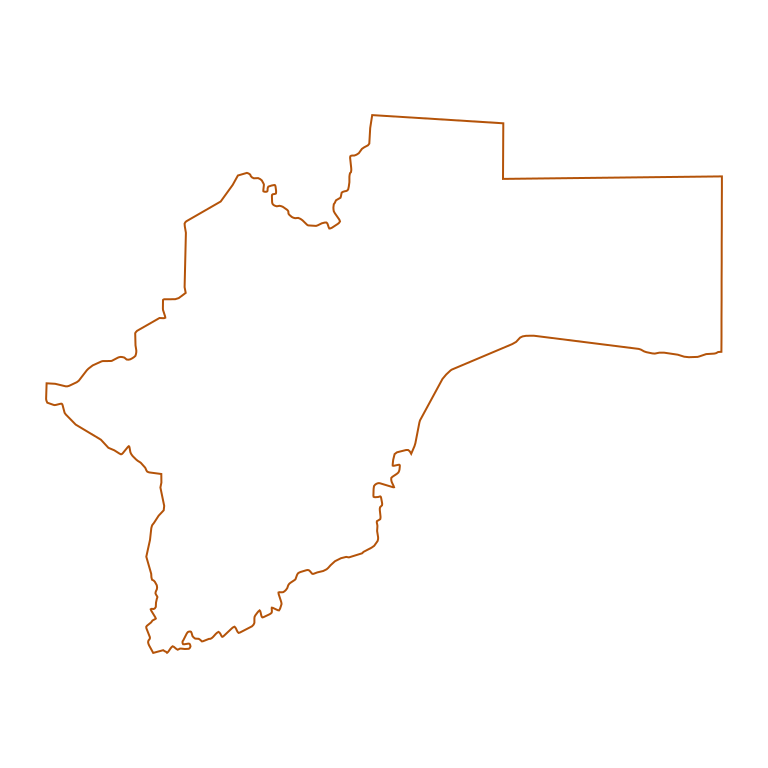 an SVG outline of Otjozondjupa
{"feature_id": "NAM-3349", "entity_name": "Otjozondjupa", "entity_type": "Region", "adm_level": 1, "iso_a3": "NAM", "parent_name": "Namibia", "parent_adm1": "", "projection": "natural_earth1", "projection_center": [17.471, -20.567], "detail": "fine", "context": "isolated", "style": "outline", "palette": "amber", "viewbox_px": 768, "rotation_deg": 0, "n_neighbors": 0, "source": "natural_earth", "source_scale": "10m", "svg_char_len": 6032}
<svg xmlns="http://www.w3.org/2000/svg" viewBox="0 0 768 768"><path d="M721.9,176.4L721.9,188.1L721.8,206.7L721.8,225.3L721.7,243.9L721.7,262.5L721.6,281.1L721.6,299.7L721.5,318.3L721.5,336.9L721.4,351.8L718.2,352.0L716.0,353.2L714.2,353.6L706.2,354.1L699.4,356.4L697.6,356.9L688.9,357.2L684.2,356.7L677.8,354.7L664.3,352.7L659.2,352.7L654.8,353.6L652.3,353.4L646.5,352.2L644.1,351.4L640.9,349.6L638.7,348.9L536.9,336.1L533.6,335.7L526.1,335.8L522.6,336.4L520.1,337.6L516.1,341.9L512.2,344.1L451.8,369.6L450.6,370.4L446.2,374.5L442.5,378.9L420.0,420.4L419.4,422.5L415.4,443.1L414.5,446.1L411.2,453.8L410.2,452.0L409.4,451.0L408.1,450.0L406.1,450.0L397.0,452.3L394.6,454.1L393.2,459.8L392.7,464.3L392.7,465.6L393.2,465.8L394.3,465.7L398.4,464.8L399.4,464.8L399.8,465.3L399.8,466.5L399.5,469.5L399.1,471.0L398.4,472.5L396.9,473.8L392.4,476.8L391.3,477.9L391.2,479.4L391.4,480.8L391.8,482.2L393.6,486.0L394.0,487.2L393.3,487.3L380.1,483.3L378.9,483.1L377.7,483.3L376.4,483.8L375.1,484.7L374.0,486.1L373.6,488.9L373.4,495.7L373.6,496.8L374.3,497.1L375.4,497.2L378.1,497.0L380.2,496.4L380.7,496.7L381.1,497.8L382.0,502.5L382.2,504.0L382.0,505.3L380.1,507.2L379.8,508.6L379.8,510.1L380.5,516.4L380.5,517.9L380.2,519.2L376.9,521.2L376.8,522.2L376.8,522.7L377.2,524.4L377.4,525.6L377.4,526.7L377.1,531.0L378.1,537.2L378.1,539.0L377.6,541.0L374.2,545.8L371.5,547.7L363.6,551.8L362.1,553.3L348.9,557.4L346.2,556.9L341.0,558.2L335.0,561.2L330.7,565.1L328.1,568.0L326.6,569.3L323.2,571.0L317.3,572.4L313.6,573.8L312.8,573.9L312.0,573.6L310.0,571.2L308.8,570.2L307.7,570.0L306.4,570.2L300.5,572.0L299.1,572.6L297.9,573.4L297.0,575.0L295.5,579.2L294.8,579.9L290.7,582.6L289.3,583.7L288.2,585.3L287.3,588.0L286.7,588.9L285.8,590.1L284.6,591.2L283.3,592.1L281.9,592.3L279.3,592.2L278.5,592.5L278.6,593.9L281.2,601.9L281.5,603.3L281.5,604.2L280.2,608.3L279.6,609.5L279.0,610.4L277.8,610.2L272.7,607.8L271.8,607.7L271.7,608.4L271.9,611.2L271.7,612.6L270.8,613.5L269.5,614.3L263.6,617.1L262.4,617.4L261.8,616.8L261.3,615.5L260.6,612.4L260.2,611.1L259.6,610.4L258.4,611.4L257.4,612.6L255.3,615.4L254.6,616.8L254.4,618.2L254.4,622.8L253.6,624.6L252.0,626.3L240.0,632.5L238.6,632.9L237.7,632.0L236.9,630.6L236.2,629.0L235.4,627.6L234.5,626.7L233.3,627.2L232.0,628.2L223.7,636.0L222.6,636.8L222.0,636.7L221.2,635.5L220.5,634.0L219.5,632.6L218.5,631.9L217.0,632.8L215.7,634.0L213.2,636.8L212.0,637.9L210.5,638.8L208.9,638.9L203.1,641.2L201.9,641.4L200.2,639.8L198.7,638.8L195.2,638.6L193.6,637.4L192.5,636.1L191.6,633.0L191.0,631.8L190.2,631.5L189.0,631.6L187.8,632.1L186.8,633.4L183.3,640.3L182.6,641.3L182.5,642.1L182.6,643.2L183.1,644.2L184.2,644.3L188.4,643.6L189.5,643.8L190.1,644.8L190.5,646.3L190.0,647.7L188.8,648.8L184.9,649.0L181.2,648.6L180.0,648.6L178.8,649.2L177.7,649.7L176.3,648.9L173.8,646.8L172.6,646.3L171.6,647.1L170.6,648.3L168.7,651.1L167.8,652.2L167.0,652.8L166.2,651.9L164.5,651.1L163.2,650.2L153.2,652.9L149.1,645.4L148.4,643.7L148.1,642.2L148.3,641.0L148.7,640.2L149.6,639.1L149.9,638.3L149.9,637.2L146.4,628.3L146.2,626.9L146.9,625.8L151.1,622.4L152.5,620.5L155.1,619.1L155.8,618.6L155.3,617.3L151.2,610.6L150.7,609.3L151.3,608.9L152.4,608.9L153.7,609.0L154.9,608.3L155.8,606.9L156.0,602.6L156.9,598.5L157.3,597.6L157.4,597.0L157.1,596.3L156.2,594.9L155.5,593.5L155.6,592.2L156.1,590.8L156.8,589.4L157.1,587.5L156.8,585.3L154.8,581.7L153.6,580.5L152.6,580.0L152.0,579.7L151.4,577.2L151.2,573.8L146.3,556.7L150.0,539.9L151.3,528.2L151.8,526.3L152.3,525.0L153.9,523.0L158.7,515.6L163.7,510.3L164.2,505.9L160.4,487.5L161.4,482.6L161.3,474.0L149.2,472.4L148.0,472.0L147.1,471.5L146.4,470.4L145.5,468.3L145.1,467.6L140.8,462.8L139.8,462.1L137.7,460.8L136.0,459.4L132.7,456.1L131.3,454.2L130.4,452.3L129.5,447.4L129.2,446.5L128.8,446.2L128.0,446.8L122.7,453.3L121.9,454.0L121.0,454.3L119.5,453.6L114.3,450.3L108.4,447.8L100.9,439.7L75.7,424.6L65.8,414.5L64.6,412.8L62.6,405.2L62.2,404.2L61.6,403.7L60.3,403.8L56.0,404.9L54.6,405.1L53.6,404.9L47.3,402.7L46.4,400.6L46.1,399.0L46.6,383.3L55.2,383.8L65.6,386.3L67.4,386.3L69.2,385.8L76.8,382.2L78.8,380.7L86.8,370.3L88.5,368.6L92.7,365.4L101.5,361.4L102.7,361.1L110.5,361.0L111.7,360.9L118.0,357.6L119.1,357.2L120.7,356.9L122.5,357.1L124.4,357.6L126.6,359.5L128.4,359.7L130.3,359.3L132.2,358.3L133.9,357.2L135.4,355.9L136.0,353.9L136.3,352.1L136.3,350.4L135.5,345.3L135.2,333.2L135.8,332.2L137.1,330.8L159.5,318.0L163.2,318.2L164.4,318.1L165.3,317.7L165.1,316.4L163.0,309.9L162.9,308.4L163.0,300.0L163.4,299.6L164.1,299.3L175.2,299.2L178.7,298.1L185.7,292.9L184.6,287.2L185.9,232.8L184.8,226.3L184.6,223.9L184.6,223.6L185.3,222.3L186.3,221.3L220.7,201.5L232.7,184.9L237.9,175.5L246.9,172.9L248.6,173.5L250.2,174.6L250.8,176.1L252.0,177.4L253.9,178.3L258.1,178.1L260.2,179.1L261.8,180.4L263.5,183.5L263.9,184.5L263.8,185.9L263.3,190.2L263.4,191.3L264.3,191.7L265.5,191.8L266.6,191.7L267.3,191.3L267.6,190.1L267.6,188.8L267.9,187.5L268.4,186.6L271.7,185.5L274.4,185.0L275.1,185.3L275.5,186.4L276.1,190.9L276.1,192.3L275.9,193.5L275.0,193.9L272.7,194.3L272.1,194.8L271.9,196.0L272.1,202.0L272.3,203.2L272.7,204.1L273.7,205.1L275.1,205.8L276.8,206.3L279.5,205.8L281.3,206.2L282.8,206.8L287.1,209.8L287.8,210.5L288.3,211.3L288.5,213.7L289.3,214.8L291.7,216.9L293.3,217.7L295.2,218.2L298.2,217.9L300.5,218.9L302.5,220.3L307.0,224.7L307.6,225.1L308.2,225.4L316.1,225.9L317.8,225.3L321.8,223.3L325.0,222.5L326.4,222.5L327.3,223.4L327.8,224.6L328.7,227.3L329.3,228.5L330.4,228.4L332.0,227.7L337.8,223.9L339.1,222.8L340.0,221.4L339.3,219.6L334.9,213.3L333.8,211.3L333.5,209.5L333.4,207.5L333.8,204.2L334.6,203.2L335.1,202.2L336.0,200.3L340.5,197.7L341.0,196.0L341.3,194.3L341.7,192.6L343.0,191.8L344.6,191.3L346.2,191.0L347.4,190.4L348.2,189.3L348.8,186.5L349.4,182.2L349.4,176.8L349.6,175.0L350.0,173.2L351.0,172.1L351.3,170.0L351.2,168.0L350.1,157.8L350.3,156.3L351.2,155.7L352.7,155.5L354.4,155.5L356.5,154.7L358.8,153.2L361.9,148.9L364.2,147.3L368.0,145.3L369.3,143.6L370.2,128.0L372.2,115.1L503.3,123.3L503.0,178.9L721.9,176.4L721.9,176.4Z" fill="none" stroke="#b45309" stroke-width="2"/></svg>